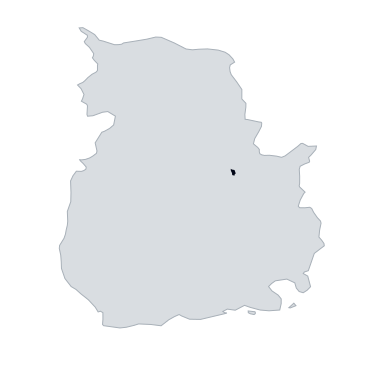 Kampong Cham, Kâmpóng Cham, Cambodia shown in context, rotated 280°
{"feature_id": "14789045B1741124947579", "entity_name": "Kampong Cham", "entity_type": "district", "adm_level": 2, "iso_a3": "KHM", "parent_name": "Cambodia", "parent_adm1": "Kâmpóng Cham", "projection": "natural_earth1", "projection_center": [105.447, 11.989], "detail": "fine", "context": "in_parent", "style": "filled", "palette": "ink", "viewbox_px": 384, "rotation_deg": 280, "n_neighbors": 0, "source": "geoboundaries", "source_scale": "gbopen_adm2", "svg_char_len": 3397}
<svg xmlns="http://www.w3.org/2000/svg" viewBox="0 0 384 384"><g transform="rotate(280 192 192)"><path d="M334.0,52.4L334.9,56.0L332.5,62.8L330.1,68.9L325.4,74.3L325.2,78.3L323.6,90.1L324.3,93.8L325.3,97.0L326.9,98.7L330.9,110.3L334.6,120.8L338.3,129.4L339.0,134.9L335.7,148.7L331.8,161.3L332.1,167.7L333.8,174.0L335.6,182.4L336.3,193.2L335.4,200.3L333.6,204.6L330.2,209.1L327.3,211.4L323.8,207.6L321.0,207.4L317.2,208.6L314.3,210.3L308.2,216.9L301.6,223.3L292.3,224.9L288.7,229.7L284.9,230.3L277.6,230.6L272.8,231.7L273.0,234.1L272.6,245.3L272.7,248.0L272.0,248.7L268.7,249.0L263.1,247.3L255.5,244.5L250.1,244.1L247.3,249.0L245.6,250.9L243.6,251.2L241.5,252.1L240.7,254.2L240.6,257.0L241.6,261.7L242.0,269.1L241.7,274.2L243.7,277.4L255.3,288.2L258.7,290.9L259.1,292.5L257.1,298.4L258.9,306.6L255.3,306.5L249.2,302.9L246.3,300.8L242.8,302.5L241.6,302.2L239.2,298.1L236.1,294.0L232.9,293.7L226.2,295.3L219.2,296.5L216.6,296.5L215.6,297.2L211.5,303.4L209.9,302.3L202.9,300.0L196.5,299.1L195.2,300.7L196.0,305.7L197.4,310.6L196.6,312.7L193.1,315.3L188.5,319.9L185.7,323.6L183.7,324.5L176.7,324.3L169.7,324.8L166.9,328.2L164.2,330.9L162.0,331.6L152.8,323.1L134.7,320.2L132.7,316.5L131.0,315.7L129.3,320.6L119.3,325.2L115.2,322.4L112.1,319.0L112.6,314.8L115.5,311.4L120.4,309.0L122.7,300.5L119.0,289.5L115.7,286.3L112.2,283.8L108.5,287.9L105.4,294.8L102.2,298.4L97.6,299.2L91.0,298.9L88.4,288.5L87.6,279.6L88.5,269.4L89.5,263.4L83.1,255.1L82.8,247.1L79.7,243.1L78.8,245.1L78.9,247.4L78.0,245.7L68.0,222.5L66.3,211.7L68.1,203.4L69.1,200.6L66.2,196.3L62.1,191.3L54.9,184.8L54.4,174.5L52.8,162.3L50.7,158.3L47.4,150.8L45.6,144.6L45.0,128.2L46.0,126.9L51.1,126.4L57.7,125.2L58.7,122.6L57.6,120.4L61.8,116.7L67.9,108.6L72.5,100.1L75.9,94.7L77.9,89.4L84.7,81.9L94.1,76.7L100.4,75.4L107.0,73.7L113.4,71.1L116.4,70.9L124.2,74.0L128.5,74.7L132.9,74.7L137.5,75.0L141.6,74.7L151.2,72.6L161.4,74.3L170.5,72.9L181.8,70.5L187.4,72.0L192.4,74.5L193.1,79.5L194.3,81.7L196.0,83.5L198.2,83.5L201.1,80.0L203.5,76.4L204.3,75.8L204.4,77.5L205.6,81.4L207.7,85.2L209.9,87.8L213.5,91.2L215.9,91.3L223.6,88.1L235.2,92.8L236.5,95.1L240.3,99.8L244.4,103.2L253.4,103.4L256.6,95.1L255.0,90.0L249.9,81.2L248.5,76.0L250.1,75.1L258.8,74.1L260.2,73.0L262.2,67.3L264.5,68.0L269.3,68.7L274.5,64.8L277.5,60.7L279.1,62.6L280.9,65.4L282.9,67.1L286.6,69.6L290.6,73.1L293.2,76.5L295.2,77.8L300.4,76.9L301.7,77.0L304.7,72.9L306.9,70.6L308.6,71.2L311.2,71.2L316.6,65.9L319.7,61.1L321.4,59.8L326.3,62.2L328.2,61.7L331.0,55.0L334.0,52.4ZM85.0,274.8L84.0,275.4L83.1,275.4L82.1,274.4L82.2,270.7L82.9,268.4L84.6,268.0L85.0,274.8ZM100.2,311.6L98.1,314.1L94.9,308.9L94.9,307.5L100.2,311.6Z" fill="#d9dde1" stroke="#a8b0b8" stroke-width="1"/><path d="M220.3,229.6L220.3,229.4L220.3,229.0L220.3,228.8L220.3,228.5L220.3,228.3L220.3,228.2L220.3,227.9L220.3,227.5L220.4,227.2L220.1,227.3L219.9,227.3L219.7,227.5L219.4,227.7L219.4,227.8L219.3,228.0L218.9,228.1L218.8,228.4L218.9,228.5L219.0,228.6L219.0,228.8L218.9,228.9L218.8,229.0L218.7,228.9L218.4,228.8L218.4,229.0L218.2,229.1L218.0,228.9L217.9,228.9L217.8,229.0L217.7,228.9L217.4,228.9L217.3,229.0L217.2,229.0L216.8,229.1L216.7,229.1L216.4,229.2L216.3,229.3L216.3,230.3L218.0,230.3L218.0,230.8L218.3,230.7L218.5,230.7L218.9,230.4L219.1,230.3L219.2,230.2L219.4,230.1L219.5,230.1L219.7,229.9L219.8,229.9L220.0,229.8L220.1,229.7L220.3,229.6Z" fill="#0f172a" stroke="#020617" stroke-width="1.5"/></g></svg>